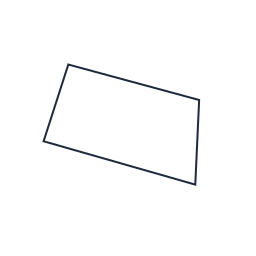 Akhmim City, Suhaj, Egypt (Mercator projection), rotated 228°
{"feature_id": "37247803B43234746614791", "entity_name": "Akhmim City", "entity_type": "district", "adm_level": 2, "iso_a3": "EGY", "parent_name": "Egypt", "parent_adm1": "Suhaj", "projection": "mercator", "projection_center": [31.873, 26.525], "detail": "fine", "context": "isolated", "style": "outline", "palette": "slate", "viewbox_px": 256, "rotation_deg": 228, "n_neighbors": 0, "source": "geoboundaries", "source_scale": "gbopen_adm2", "svg_char_len": 224}
<svg xmlns="http://www.w3.org/2000/svg" viewBox="0 0 256 256"><g transform="rotate(228 128 128)"><path d="M215.1,126.1L174.6,56.4L40.9,140.1L101.2,199.6L215.1,126.1Z" fill="none" stroke="#1e293b" stroke-width="2"/></g></svg>